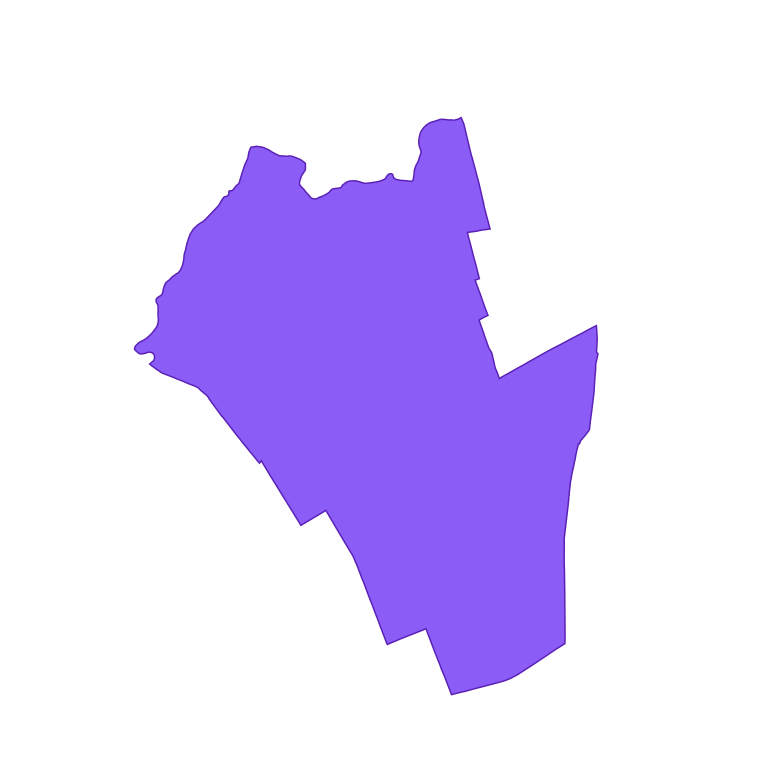 Targsoru Vechi, Prahova, Romania, rotated 107°
{"feature_id": "2599482B79986914365335", "entity_name": "Targsoru Vechi", "entity_type": "district", "adm_level": 2, "iso_a3": "ROU", "parent_name": "Romania", "parent_adm1": "Prahova", "projection": "albers", "projection_center": [25.907, 44.89], "detail": "fine", "context": "isolated", "style": "filled", "palette": "violet", "viewbox_px": 768, "rotation_deg": 107, "n_neighbors": 0, "source": "geoboundaries", "source_scale": "gbopen_adm2", "svg_char_len": 6147}
<svg xmlns="http://www.w3.org/2000/svg" viewBox="0 0 768 768"><g transform="rotate(107 384 384)"><path d="M433.5,613.9L434.6,611.2L435.5,608.3L436.4,606.1L437.4,602.6L437.6,601.9L437.9,601.5L438.1,600.5L438.3,599.8L438.4,599.0L438.6,596.9L438.7,595.1L439.1,589.4L439.2,587.0L439.3,586.6L439.4,586.2L439.6,584.5L440.2,576.4L440.8,571.8L441.2,565.5L441.7,561.8L442.2,560.0L443.0,558.6L443.8,557.1L444.5,555.4L445.8,552.5L446.1,551.7L446.7,550.2L447.6,548.9L448.0,548.2L449.3,547.0L452.5,542.8L456.5,537.4L462.3,529.7L462.3,529.2L463.2,528.0L468.6,520.3L476.1,509.8L478.4,506.3L482.3,500.8L486.2,494.8L487.3,493.3L492.0,486.1L494.8,482.0L496.1,479.9L493.2,478.9L497.6,474.1L505.9,464.9L512.3,457.5L518.7,450.3L533.0,434.0L540.8,425.1L543.5,422.2L523.2,403.8L521.8,402.7L525.0,399.2L540.8,382.0L555.0,366.3L557.3,363.7L560.2,361.1L561.4,360.2L566.9,355.5L569.8,353.4L572.2,351.4L575.7,348.8L579.4,345.7L591.8,336.2L602.0,328.1L607.4,324.0L611.0,321.1L615.7,317.6L625.7,309.8L630.1,306.4L632.1,304.7L623.5,294.4L605.8,272.3L624.0,258.2L633.2,250.9L636.5,248.2L640.0,245.7L645.0,241.4L661.3,228.6L658.4,223.8L656.4,220.5L654.2,216.6L650.1,210.2L635.8,187.0L632.8,182.3L631.9,181.1L629.3,177.8L628.2,176.6L622.4,170.8L621.0,169.7L607.8,158.6L587.1,141.8L579.4,135.1L574.3,136.5L554.4,142.7L551.6,143.6L530.2,150.3L510.9,156.5L502.1,159.5L478.5,166.6L440.6,173.5L438.0,174.2L436.7,174.4L430.9,175.6L426.3,176.4L425.2,176.7L422.6,177.1L415.2,178.0L412.2,178.3L411.0,178.3L407.3,178.6L403.9,179.0L402.7,179.1L399.2,179.3L396.1,179.8L393.2,180.0L389.8,180.4L388.6,180.3L384.7,180.5L384.6,180.2L384.4,179.9L384.2,179.7L383.9,179.5L381.7,179.5L381.2,179.4L380.1,179.1L374.4,176.6L371.2,175.4L369.2,174.6L368.5,174.4L368.0,174.3L366.5,174.4L358.5,175.9L350.0,177.3L330.8,180.7L316.1,184.2L307.7,186.0L307.0,186.2L306.2,186.5L305.2,186.8L303.8,187.2L302.0,187.4L293.8,188.1L292.6,188.2L292.4,188.3L292.3,188.5L292.1,188.7L291.9,189.6L291.5,190.0L290.7,190.3L288.1,190.9L282.0,192.4L279.2,193.1L275.9,194.2L272.5,195.5L268.0,197.2L266.1,198.0L267.9,199.9L271.6,203.7L277.5,209.5L285.6,217.8L295.2,227.3L299.7,232.0L303.3,235.6L309.4,241.5L319.9,251.5L324.7,255.9L327.1,258.3L330.9,262.0L337.2,267.9L341.6,272.2L345.0,275.3L344.8,275.5L340.1,278.9L339.1,279.7L336.7,281.9L336.3,282.2L333.8,283.7L330.5,285.5L325.9,288.2L324.1,289.2L323.5,289.5L322.7,290.2L321.4,291.4L320.7,292.2L319.5,293.8L318.1,294.9L308.6,301.9L306.8,303.1L295.1,311.8L292.8,309.6L291.3,308.2L288.0,304.6L280.3,310.6L269.5,318.5L262.4,324.0L258.0,327.2L256.8,325.6L255.4,323.6L253.1,325.0L250.6,326.5L244.3,330.3L235.1,336.1L230.0,339.2L226.4,341.4L223.3,343.3L221.3,344.6L214.8,348.5L214.6,348.4L214.3,347.7L212.9,344.7L210.9,340.3L208.6,336.2L207.6,334.1L207.1,333.0L205.3,329.0L204.7,327.9L192.4,335.6L183.3,341.2L183.1,341.3L182.9,341.1L175.5,345.5L173.0,346.8L167.4,350.1L162.9,352.7L160.7,354.1L160.0,354.6L154.9,357.7L142.7,365.3L139.0,367.8L111.8,383.8L106.7,388.1L107.3,388.8L108.9,390.3L111.1,393.8L111.5,395.2L111.8,397.2L112.5,399.0L113.5,404.4L114.5,407.6L116.9,410.9L120.6,416.4L123.8,419.1L127.1,420.9L128.7,421.5L130.8,422.2L132.8,422.6L135.0,422.6L136.6,422.5L139.1,422.2L142.2,421.6L144.9,420.5L147.5,419.0L149.6,417.2L151.2,416.4L152.6,416.2L153.9,416.2L156.8,416.4L159.7,416.3L162.3,416.6L165.0,417.2L166.7,417.4L169.3,417.5L171.0,417.4L174.9,416.5L178.8,416.0L180.6,415.9L181.1,416.0L181.4,416.2L181.8,416.6L182.1,417.1L182.4,417.8L182.4,418.6L183.6,424.3L184.3,427.3L184.7,430.7L184.8,432.2L184.7,432.9L184.4,434.0L184.1,434.5L184.0,434.8L183.5,435.4L182.0,436.4L181.2,436.9L180.8,437.8L180.8,438.3L180.9,439.2L181.5,440.2L182.4,441.2L183.5,441.7L184.5,442.1L185.9,442.4L187.1,442.8L187.9,443.2L189.2,444.7L190.9,446.8L192.2,448.9L193.1,450.5L196.7,458.2L197.4,460.1L197.7,461.1L197.8,463.2L197.8,467.0L197.8,468.6L197.9,469.4L198.1,470.8L199.0,473.7L199.6,475.3L200.2,476.6L200.7,477.4L201.4,478.3L202.3,479.2L203.2,479.9L206.1,481.9L208.7,482.4L210.1,484.9L211.4,488.1L212.4,489.9L213.0,490.7L214.5,491.6L216.0,492.2L217.0,492.6L219.7,495.0L221.2,496.5L222.8,498.2L223.4,499.2L224.1,500.1L225.8,501.9L226.2,502.2L226.8,503.0L227.2,503.8L227.5,505.9L227.5,506.8L227.4,507.6L227.2,508.5L226.9,508.9L225.0,511.8L224.6,512.6L224.4,513.1L223.9,513.8L223.7,514.0L222.6,515.8L221.6,517.1L220.3,519.3L219.8,520.4L219.2,521.3L218.0,522.9L217.0,523.5L215.9,523.7L214.6,523.9L210.3,523.8L208.4,523.7L206.5,523.0L202.8,521.9L201.1,522.0L197.7,523.2L196.4,523.5L195.8,523.9L195.4,524.9L194.1,528.4L193.6,531.2L193.4,533.5L193.1,537.9L193.2,539.0L193.6,541.3L194.9,544.3L195.4,547.1L196.1,549.6L196.3,551.0L195.4,556.4L194.9,558.8L194.3,560.9L193.9,562.2L193.6,564.1L193.4,566.3L193.1,567.8L193.1,569.0L193.3,571.4L193.7,573.0L193.7,574.4L194.2,575.9L195.2,577.6L195.8,579.4L196.5,580.4L197.5,580.7L201.9,581.0L207.3,580.3L209.4,580.4L214.2,581.1L217.1,581.3L228.5,581.4L233.3,581.3L234.3,581.4L235.7,582.0L237.5,583.2L238.5,583.7L241.1,584.6L242.5,585.2L243.5,585.7L243.8,586.1L244.0,587.3L244.2,588.0L244.6,588.4L245.0,588.5L245.4,588.6L246.1,588.5L246.8,588.2L247.5,587.7L248.3,588.0L249.0,588.3L250.1,589.0L250.6,589.4L251.2,590.7L251.7,591.3L252.7,592.0L256.8,593.2L260.4,594.0L261.5,594.3L264.1,595.5L268.0,597.5L278.3,602.6L281.8,604.8L286.1,608.5L291.3,611.5L296.9,613.1L301.1,613.4L307.5,613.5L310.3,613.3L313.8,612.9L316.1,613.1L319.5,612.8L323.7,611.8L328.5,611.4L330.7,611.5L334.5,612.0L337.6,613.1L339.1,614.5L343.2,617.7L345.9,619.1L347.3,619.8L348.2,620.5L351.1,622.3L353.5,622.7L357.4,622.8L360.9,622.4L363.3,622.5L364.5,623.2L367.1,625.5L368.4,626.3L369.1,626.5L370.0,626.6L371.2,626.3L372.3,625.6L374.6,623.3L377.5,622.2L380.1,621.4L382.7,620.7L385.6,619.7L388.4,618.6L390.4,618.1L394.0,617.9L395.7,618.1L397.2,618.5L399.0,619.2L401.3,620.0L403.5,620.9L406.3,622.4L409.9,624.6L413.0,627.3L414.5,629.1L415.7,630.2L416.7,630.9L418.4,631.7L419.1,632.2L421.0,632.9L423.2,632.9L424.0,632.5L424.4,631.9L426.2,627.9L426.5,626.7L426.4,625.7L426.0,624.3L424.7,621.7L423.2,619.7L422.4,618.3L421.9,616.8L422.0,614.9L422.5,613.4L423.3,612.3L424.7,611.6L426.4,611.0L427.8,611.0L429.5,611.4L431.5,612.8L433.5,613.9Z" fill="#8b5cf6" stroke="#5b21b6" stroke-width="1.5"/></g></svg>